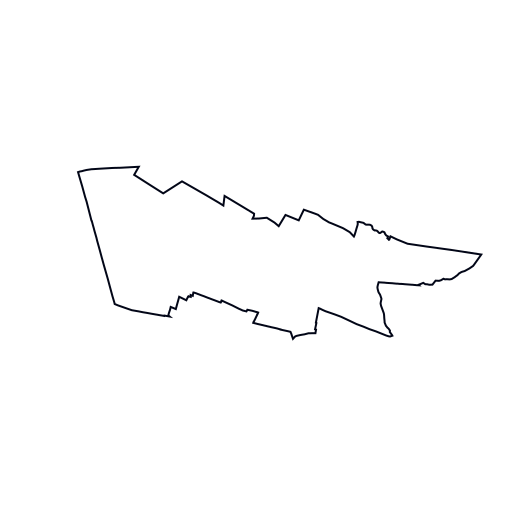 Tlaxcoapan, Hidalgo, Mexico (orthographic projection), rotated 29°
{"feature_id": "50627088B91573005183393", "entity_name": "Tlaxcoapan", "entity_type": "district", "adm_level": 2, "iso_a3": "MEX", "parent_name": "Mexico", "parent_adm1": "Hidalgo", "projection": "orthographic", "projection_center": [-99.215, 20.097], "detail": "fine", "context": "isolated", "style": "outline", "palette": "ink", "viewbox_px": 512, "rotation_deg": 29, "n_neighbors": 0, "source": "geoboundaries", "source_scale": "gbopen_adm2", "svg_char_len": 4617}
<svg xmlns="http://www.w3.org/2000/svg" viewBox="0 0 512 512"><g transform="rotate(29 256 256)"><path d="M59.7,268.9L63.0,272.2L70.4,279.5L77.9,287.2L81.5,290.6L93.2,303.0L94.7,304.6L95.0,304.9L95.3,304.9L95.8,305.4L96.1,305.7L98.5,308.2L99.2,308.9L100.6,310.3L102.5,312.3L107.6,317.4L108.6,318.5L109.7,319.7L116.5,326.6L122.0,332.3L123.1,333.4L126.8,337.2L133.0,343.4L137.5,347.9L143.2,353.8L150.0,360.8L154.4,365.1L155.7,366.5L159.3,366.1L169.2,364.4L173.7,363.6L180.0,361.4L184.4,360.0L188.6,358.5L192.2,357.3L197.4,355.5L197.6,355.4L200.3,354.5L203.1,353.5L204.9,352.9L204.8,352.5L209.8,350.8L208.3,350.5L208.1,350.5L207.4,347.7L206.9,344.8L206.1,341.9L208.6,341.6L211.6,341.3L210.2,335.6L209.5,332.6L208.6,328.9L216.5,328.5L216.3,324.6L216.7,324.4L216.6,323.9L218.7,323.4L217.8,321.8L220.0,321.5L218.9,318.3L219.2,318.1L219.9,318.0L221.9,317.6L223.7,317.4L224.1,317.3L227.1,316.9L230.1,316.4L231.8,316.2L234.7,315.8L235.8,315.6L238.1,315.3L241.3,314.8L242.7,314.6L242.8,314.6L244.7,314.3L245.7,314.2L246.7,314.0L247.3,313.9L247.7,313.8L247.7,313.4L247.8,313.0L247.5,312.4L247.4,311.6L248.0,311.5L248.7,311.5L251.8,311.3L254.3,311.1L259.4,310.7L262.2,310.6L267.4,310.4L267.8,310.3L270.8,310.1L273.7,309.3L274.5,309.1L274.5,307.9L274.5,307.2L276.2,306.7L277.4,306.3L279.4,305.7L281.6,305.2L283.1,304.9L283.6,304.7L284.6,304.5L285.3,304.4L285.4,305.1L285.4,306.2L285.5,306.2L285.7,310.2L285.8,311.1L285.8,312.0L285.9,313.7L285.9,313.9L285.8,314.6L286.0,315.8L290.6,314.6L293.0,313.9L293.6,313.7L293.8,313.7L295.1,313.3L297.3,312.7L299.3,312.1L299.5,312.1L303.2,311.0L303.4,311.0L306.3,310.1L309.4,309.2L312.0,308.6L313.0,308.3L313.1,308.5L316.4,307.5L319.7,306.5L322.9,305.6L324.8,307.1L325.5,307.8L328.5,310.5L329.2,307.5L330.1,306.3L333.0,303.7L334.6,302.4L336.4,301.0L339.4,298.1L341.7,296.8L345.4,294.7L344.2,291.3L343.2,291.5L341.3,285.3L340.7,285.3L339.3,281.0L336.1,271.2L337.5,271.0L340.1,270.9L343.6,270.6L349.8,269.5L353.3,268.9L357.9,268.2L360.0,267.9L368.9,267.3L377.0,266.8L384.3,265.7L390.6,265.0L397.4,263.8L408.6,262.4L410.0,262.1L411.4,261.8L411.6,261.7L412.3,261.4L413.9,259.6L413.6,259.4L412.9,259.0L411.6,258.4L409.9,257.6L409.7,257.2L409.3,256.3L408.5,255.9L407.5,255.4L406.6,255.1L405.5,254.9L404.5,254.4L403.4,254.0L402.7,253.4L400.8,251.9L400.0,250.6L398.2,248.0L397.2,246.4L396.4,245.2L395.6,244.2L394.6,243.3L389.6,239.0L388.1,237.3L387.5,235.9L387.0,234.2L386.6,232.9L386.2,232.3L385.4,231.6L384.3,230.6L383.4,229.8L382.6,229.3L381.4,228.7L380.4,228.0L378.6,226.1L378.0,225.4L377.3,224.4L376.7,222.5L376.0,219.5L377.8,218.7L381.1,217.1L383.7,216.0L384.3,215.7L384.7,215.5L385.6,215.1L386.8,214.5L388.5,213.7L390.4,212.9L392.2,212.1L393.3,211.5L394.1,211.2L394.8,210.9L395.7,210.5L396.4,210.0L397.1,209.8L398.0,209.3L398.5,209.1L399.7,208.6L401.2,207.9L403.8,206.7L406.0,205.7L407.2,205.1L408.0,204.8L409.1,204.3L409.5,204.1L410.1,203.9L412.8,202.6L412.1,202.4L413.6,200.6L415.3,198.4L417.7,198.6L419.5,197.7L420.7,197.4L421.8,197.0L424.2,195.5L425.0,190.5L428.1,189.0L429.5,187.6L431.0,185.0L432.6,184.8L434.1,183.8L436.7,182.6L438.3,181.3L439.3,179.5L440.0,178.3L440.6,176.9L441.2,175.7L441.7,174.3L442.0,172.9L442.6,171.9L443.1,171.0L443.5,170.4L444.1,169.7L445.8,168.0L448.7,163.4L450.7,159.4L450.9,158.0L452.2,146.6L452.3,145.5L424.2,155.9L400.4,165.1L382.6,171.8L371.1,173.2L364.1,173.6L364.6,177.1L364.4,177.4L363.3,177.0L362.3,176.8L362.1,174.9L360.1,174.9L359.2,174.6L358.6,174.2L357.9,174.0L357.3,173.3L356.8,173.0L356.4,173.0L354.9,173.2L354.5,173.4L354.0,174.6L353.4,175.7L353.0,176.0L352.3,176.1L351.6,175.9L350.3,175.4L349.5,175.3L348.2,175.6L347.5,176.1L347.1,176.1L346.4,176.1L345.8,176.0L345.1,175.8L344.4,175.3L344.2,175.0L343.9,174.6L343.7,174.3L343.0,173.8L342.6,173.5L342.3,173.4L341.5,173.4L340.7,173.4L340.1,173.6L337.7,174.9L337.1,175.2L336.6,175.3L335.7,175.2L334.9,175.1L334.1,174.9L333.6,175.0L330.9,175.8L329.7,176.1L329.2,176.3L329.0,176.5L328.8,176.8L328.4,177.0L329.5,178.7L329.9,180.0L330.5,182.9L331.4,186.8L331.5,187.3L332.0,189.7L332.1,190.5L332.2,191.4L332.2,191.5L326.5,189.7L319.8,189.5L318.3,189.5L306.4,190.8L303.4,191.2L301.5,191.1L296.9,191.0L290.3,189.9L286.8,190.4L275.4,192.3L276.1,204.1L261.9,205.8L261.4,218.9L257.0,218.0L256.0,217.8L246.9,217.3L240.4,221.8L234.9,225.0L234.7,221.8L233.8,219.9L233.0,219.9L219.6,219.4L199.4,218.7L203.0,227.7L197.8,227.4L190.2,227.2L183.3,227.0L175.9,226.9L170.0,226.8L155.1,226.6L144.5,246.2L127.7,245.2L110.1,244.1L110.2,234.8L94.4,244.7L88.4,248.2L83.5,251.3L76.1,256.0L73.0,258.0L70.0,259.9L66.1,262.9L64.0,264.8L62.6,266.2L61.0,267.5L59.7,268.9Z" fill="none" stroke="#020617" stroke-width="2"/></g></svg>